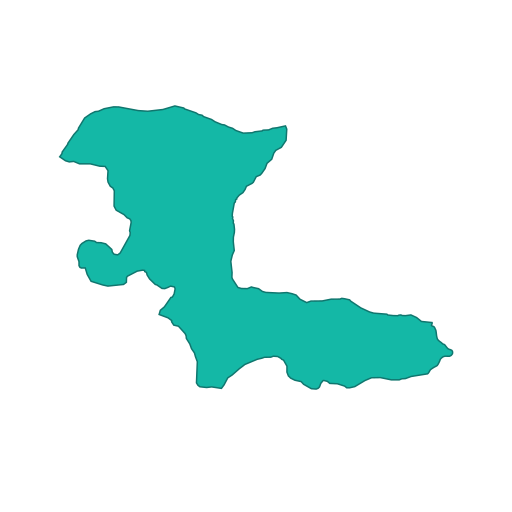 the district of Jocotán, Chiquimula, Guatemala, rotated 8°
{"feature_id": "79465075B84991525520377", "entity_name": "Jocotán", "entity_type": "district", "adm_level": 2, "iso_a3": "GTM", "parent_name": "Guatemala", "parent_adm1": "Chiquimula", "projection": "orthographic", "projection_center": [-89.353, 14.814], "detail": "fine", "context": "isolated", "style": "filled", "palette": "teal", "viewbox_px": 512, "rotation_deg": 8, "n_neighbors": 0, "source": "geoboundaries", "source_scale": "gbopen_adm2", "svg_char_len": 3979}
<svg xmlns="http://www.w3.org/2000/svg" viewBox="0 0 512 512"><g transform="rotate(8 256 256)"><path d="M267.1,123.1L265.9,123.5L258.9,126.1L254.7,127.2L250.9,129.4L245.5,130.4L244.6,131.3L237.7,133.1L235.0,134.5L226.3,136.1L218.5,134.5L215.0,132.8L210.7,132.1L206.6,130.6L203.8,130.6L196.8,128.8L193.0,127.0L184.8,125.3L183.0,124.1L179.4,123.9L176.6,122.6L164.8,120.3L163.9,119.5L154.8,118.7L143.4,123.9L128.7,127.7L119.2,128.4L99.2,127.5L94.0,128.2L85.1,131.3L79.8,134.6L76.6,135.4L72.5,138.2L67.1,143.2L62.4,154.1L62.3,155.7L58.7,161.1L54.0,170.6L54.1,171.4L49.6,180.0L49.6,181.6L48.6,183.6L47.8,185.1L54.1,188.2L58.0,188.8L62.3,187.7L68.4,189.3L79.1,187.8L88.7,188.8L94.2,188.3L97.6,192.1L98.2,200.1L99.2,203.4L102.0,207.2L104.8,208.6L106.6,211.1L108.5,226.3L109.3,227.5L111.2,230.1L119.6,233.4L123.1,236.1L125.8,236.8L127.2,238.3L127.7,240.2L127.3,248.6L128.2,250.4L128.3,253.2L121.1,271.9L118.9,274.1L115.2,274.0L113.2,272.2L112.3,269.6L105.5,264.9L100.7,264.4L96.3,264.9L94.2,263.8L88.2,263.7L85.6,264.7L81.9,267.8L80.4,269.9L79.3,274.0L78.8,279.7L79.1,281.6L81.5,286.2L82.1,290.2L83.3,291.8L84.8,292.2L88.6,291.6L91.4,297.7L96.2,304.0L108.2,306.0L113.5,306.4L128.8,302.6L131.3,300.1L130.8,295.3L131.5,293.9L140.5,287.5L145.7,285.8L147.7,285.8L148.0,286.9L149.8,287.5L150.8,289.9L153.8,293.5L160.2,298.2L161.8,298.4L167.4,301.2L170.2,301.0L172.9,299.5L175.6,297.7L179.5,298.0L180.5,299.7L180.2,305.0L178.9,308.3L177.5,308.9L173.5,316.9L172.3,319.2L168.8,323.1L168.2,327.4L177.6,329.5L181.5,331.7L181.6,332.9L184.2,335.9L189.0,336.3L196.6,342.7L197.9,344.7L198.5,347.3L202.7,352.3L205.0,356.7L208.5,360.5L210.1,364.2L212.6,368.8L214.7,389.9L216.5,392.1L218.6,393.3L225.4,393.1L230.3,391.8L240.2,391.9L242.3,388.1L245.0,380.6L249.0,377.1L255.2,369.9L258.5,366.6L260.0,365.0L271.6,358.1L276.0,356.4L278.5,355.1L284.8,354.1L287.1,352.8L291.5,352.5L295.2,354.0L295.6,354.6L297.8,355.3L302.0,360.8L302.8,366.7L304.8,370.3L305.6,370.8L307.3,372.1L311.8,373.6L318.2,374.1L321.0,376.4L329.3,379.7L334.1,379.4L335.9,378.4L337.1,376.8L337.9,373.1L339.8,370.0L340.5,369.8L344.1,370.2L346.8,371.9L354.4,371.2L361.9,372.5L364.2,373.9L367.0,373.5L372.0,371.6L381.3,364.1L387.3,360.5L396.0,359.1L407.2,359.8L415.1,358.7L417.5,357.3L421.0,356.6L426.4,353.7L442.3,348.8L443.0,347.9L443.3,347.2L443.7,346.5L444.1,345.2L444.7,344.2L445.7,343.2L446.3,342.7L447.8,341.4L449.9,339.9L450.7,339.2L451.4,337.8L452.0,336.1L452.5,334.5L452.9,332.6L453.7,331.4L454.7,330.3L455.6,329.6L456.4,329.2L457.3,328.9L458.8,328.7L459.6,328.6L460.5,328.5L461.4,328.4L462.3,327.9L463.1,327.3L463.6,326.5L464.1,325.6L464.2,324.8L464.1,324.0L463.8,323.0L462.9,322.1L461.5,321.7L460.2,321.5L459.5,321.3L458.8,320.9L458.0,320.3L457.4,319.7L456.7,319.1L455.8,318.1L454.7,317.4L453.2,317.1L452.3,316.5L451.6,316.0L449.7,315.0L448.2,314.0L447.3,313.1L446.6,311.7L446.0,310.1L445.5,308.2L445.1,306.7L444.6,305.0L444.3,304.3L443.8,303.6L442.9,302.1L442.1,301.3L441.4,301.0L440.7,301.0L439.5,300.5L439.6,299.4L439.8,298.1L439.6,297.4L428.9,297.8L423.6,294.6L417.6,292.8L412.2,294.3L409.0,294.6L407.7,294.2L405.7,294.7L404.7,295.4L400.3,295.9L394.8,296.1L393.7,295.4L380.5,296.2L376.2,295.6L367.0,292.8L356.0,287.5L354.8,286.4L349.6,286.0L346.8,286.0L345.1,287.0L336.4,288.3L327.8,291.3L316.7,293.0L312.7,295.1L305.6,292.7L301.2,289.1L296.9,288.3L291.7,287.9L284.0,289.5L270.8,290.7L267.2,290.2L263.1,288.0L257.7,287.6L255.7,287.3L252.0,289.5L246.1,290.2L242.5,289.7L236.0,282.2L235.1,280.5L234.6,275.7L231.8,264.8L232.4,258.3L233.7,253.6L231.9,246.5L231.5,244.8L231.0,240.5L231.3,235.6L231.0,232.6L229.7,227.5L228.9,226.6L228.7,224.1L227.5,222.2L227.6,220.6L226.9,219.9L226.7,217.1L227.1,206.6L228.0,205.3L228.0,202.9L229.0,202.3L229.0,201.1L231.0,198.0L234.2,195.1L235.9,191.7L236.8,188.3L242.1,184.5L243.1,183.3L245.2,177.4L248.9,175.2L250.2,173.3L252.8,168.2L254.0,162.7L258.1,158.0L259.3,151.7L260.9,148.6L266.0,144.8L269.7,137.2L268.8,126.1L267.1,123.1Z" fill="#14b8a6" stroke="#0f766e" stroke-width="1.5"/></g></svg>